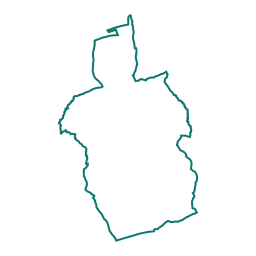 Alimpesti, Gorj, Romania
{"feature_id": "2599482B52876702526181", "entity_name": "Alimpesti", "entity_type": "district", "adm_level": 2, "iso_a3": "ROU", "parent_name": "Romania", "parent_adm1": "Gorj", "projection": "orthographic", "projection_center": [23.791, 45.109], "detail": "fine", "context": "isolated", "style": "outline", "palette": "teal", "viewbox_px": 256, "rotation_deg": 0, "n_neighbors": 0, "source": "geoboundaries", "source_scale": "gbopen_adm2", "svg_char_len": 5750}
<svg xmlns="http://www.w3.org/2000/svg" viewBox="0 0 256 256"><path d="M116.2,240.6L138.4,234.0L143.0,232.9L148.9,231.8L154.0,231.3L154.5,229.2L155.7,229.1L156.4,229.2L158.0,228.9L158.3,228.4L159.4,227.4L160.2,227.2L160.4,226.8L161.2,226.4L161.4,226.0L161.7,225.7L162.5,225.6L163.0,225.3L163.6,224.3L164.2,223.8L164.8,223.0L167.8,221.0L169.0,221.1L170.0,221.8L171.3,222.1L173.4,221.9L174.5,221.6L178.4,221.6L180.1,220.7L180.8,220.6L182.7,219.8L184.0,218.8L185.1,218.3L186.1,217.3L188.1,216.8L189.2,215.8L190.9,215.2L192.6,214.1L195.1,213.5L196.8,212.5L196.3,211.9L195.1,209.1L194.1,208.5L192.8,208.4L192.5,208.2L192.0,202.6L192.1,200.9L192.8,199.5L193.1,198.2L193.9,197.6L194.3,196.5L194.3,195.9L194.1,195.1L192.8,193.1L194.3,191.7L194.3,191.2L194.9,189.0L194.9,187.5L195.6,184.9L195.7,183.7L195.5,182.9L195.5,182.4L196.2,182.0L197.0,179.5L197.1,178.5L197.0,176.3L196.6,175.2L196.4,174.2L195.5,172.4L195.1,172.0L192.9,170.7L190.9,169.0L190.9,168.5L191.5,164.9L191.4,161.8L191.1,161.1L190.0,159.4L187.7,157.9L186.0,156.2L186.3,155.5L186.1,154.5L185.4,153.5L184.2,152.2L181.7,150.8L180.3,150.3L179.3,148.3L178.3,147.2L178.0,145.9L177.1,145.3L176.9,144.7L177.0,144.2L177.5,143.5L177.5,142.5L178.0,141.1L179.0,140.1L181.0,137.4L181.1,137.0L181.0,135.6L185.9,135.7L188.5,136.8L190.0,136.9L190.1,136.6L189.9,135.9L190.4,135.2L190.2,133.1L190.6,132.6L190.4,132.3L190.5,132.1L191.0,131.8L191.0,131.5L191.2,131.2L191.1,130.7L191.3,130.4L191.1,129.8L191.1,128.8L190.9,128.1L190.5,127.8L190.8,126.8L190.5,126.5L190.5,126.1L190.2,126.0L190.2,125.7L189.7,125.2L188.9,124.9L188.5,124.0L188.4,123.5L188.5,123.1L188.2,122.7L188.3,122.2L187.7,122.0L187.8,121.5L187.2,121.3L187.1,121.1L187.8,120.1L187.9,119.7L187.6,119.3L188.0,119.0L187.9,118.7L187.6,118.4L188.0,118.0L187.6,117.7L188.0,117.4L188.1,116.7L187.9,115.8L187.6,115.4L188.0,115.0L187.9,114.0L187.5,113.6L187.5,113.0L187.8,112.4L187.9,111.9L187.9,111.5L187.6,111.3L187.5,111.0L187.6,109.6L186.5,109.2L186.1,108.3L185.4,107.6L184.9,107.3L185.0,106.8L184.4,106.2L184.7,105.6L184.6,105.1L183.9,104.4L183.8,103.9L183.3,103.9L183.2,103.3L182.8,103.1L182.8,102.6L182.7,102.4L182.2,102.5L182.1,102.1L181.6,101.9L181.6,101.5L180.8,100.7L180.2,100.5L179.8,100.7L178.6,100.4L178.3,99.2L177.7,98.6L177.5,97.9L177.1,97.8L176.5,97.1L176.1,96.4L176.2,95.9L176.0,95.7L175.2,94.9L174.2,95.1L173.7,94.9L173.6,94.4L172.7,92.8L171.6,91.9L171.0,91.1L170.3,90.6L169.2,88.7L168.8,88.4L168.8,88.1L168.0,86.9L167.6,85.8L167.0,85.4L166.5,84.6L166.4,84.2L165.8,83.7L164.5,81.9L164.6,81.1L165.0,80.8L164.9,80.0L165.0,79.4L165.8,78.2L167.1,77.0L167.2,74.6L167.6,74.3L166.7,72.9L166.2,71.7L163.6,73.4L160.6,74.3L158.1,75.7L156.0,76.1L154.0,77.4L153.2,77.6L151.2,77.5L147.6,78.7L146.9,79.0L146.1,80.3L145.1,80.2L144.9,79.9L144.3,80.1L142.0,79.1L141.5,79.4L140.8,79.2L139.5,79.7L139.1,80.1L138.8,80.7L135.5,81.0L134.2,77.9L132.9,75.5L133.5,75.4L133.8,75.0L134.1,74.2L134.4,72.6L135.6,70.3L135.7,69.3L136.0,68.8L136.1,67.8L136.9,65.3L136.7,64.8L137.3,63.9L136.2,59.8L136.2,58.9L135.8,56.9L135.8,55.8L136.2,54.8L136.3,52.3L136.5,51.4L136.5,50.5L136.1,48.2L134.8,48.3L134.5,46.7L134.4,44.1L134.1,43.4L133.9,41.8L132.9,38.2L133.1,35.6L133.6,33.0L133.7,32.0L133.5,30.7L132.9,28.5L132.9,25.9L132.1,24.5L132.1,24.0L132.5,22.0L132.2,21.5L132.3,21.0L132.1,20.6L131.5,19.7L130.6,15.4L129.8,15.5L129.3,15.9L128.7,16.7L128.4,17.4L128.2,19.0L128.3,22.8L128.2,24.5L122.1,25.8L116.2,27.3L107.5,30.4L108.7,32.2L115.9,29.7L116.4,31.5L117.9,35.1L112.6,35.4L109.9,35.7L105.8,36.9L103.6,37.3L95.4,40.3L94.6,40.8L94.7,43.6L94.6,46.0L94.0,48.0L94.0,48.7L93.2,52.1L92.9,54.3L93.0,56.5L93.5,59.1L93.6,61.1L93.2,62.5L93.0,63.9L93.1,66.1L92.7,69.9L92.7,71.5L93.5,73.7L93.6,74.6L94.4,76.8L94.9,77.6L95.7,78.6L98.5,81.0L101.2,83.9L102.0,85.1L102.6,86.5L101.8,87.1L101.0,87.4L99.3,87.7L97.9,87.7L95.3,88.3L92.1,89.5L88.7,91.6L85.1,92.6L83.2,93.9L82.4,93.8L81.8,94.2L81.0,94.3L79.9,95.1L79.1,94.9L78.2,95.8L76.5,96.1L76.1,96.0L75.5,96.2L74.6,96.2L74.5,96.4L73.9,96.8L73.6,97.3L74.0,97.8L73.4,99.0L73.3,99.8L72.7,100.8L72.1,100.7L72.0,101.5L70.7,102.0L70.6,102.3L70.6,103.0L70.3,103.1L69.9,103.7L68.3,104.8L68.5,105.3L67.9,105.6L67.0,107.4L68.0,108.1L68.1,108.3L67.2,108.7L66.4,109.5L65.5,109.0L65.4,109.8L65.5,110.1L65.4,110.7L64.6,111.5L65.0,112.0L64.3,112.6L64.2,114.3L63.0,115.7L63.3,116.3L63.0,117.8L62.6,118.1L62.6,118.5L61.1,119.5L60.9,120.0L60.2,119.9L60.2,120.4L60.0,121.1L60.2,121.3L60.1,121.7L59.9,122.0L59.1,122.5L58.9,123.0L59.0,123.4L59.5,123.5L60.3,124.2L60.5,125.0L61.0,125.5L60.7,126.1L60.6,126.6L60.3,127.2L60.2,127.7L60.9,130.8L60.7,132.1L60.8,133.3L61.2,133.6L62.8,131.9L65.9,130.2L66.8,131.6L66.6,132.2L67.9,132.4L69.3,132.2L70.2,133.3L70.5,134.1L71.2,133.8L72.2,133.8L75.1,134.2L74.9,135.0L75.2,135.1L74.9,136.5L74.8,137.5L75.7,138.2L75.3,139.0L78.9,141.7L79.6,142.6L79.7,143.2L80.6,143.8L81.5,144.0L82.1,144.8L82.2,145.4L82.5,146.0L85.5,147.5L86.3,148.6L86.4,148.9L86.2,150.5L86.3,151.0L85.9,151.6L86.2,152.1L85.8,153.3L85.9,154.0L86.0,154.8L86.3,155.1L86.1,155.6L86.8,155.6L86.8,156.0L87.1,156.3L86.9,157.4L87.4,158.3L87.0,158.6L86.9,159.6L86.6,160.3L86.6,161.4L85.9,163.6L86.1,163.9L86.6,164.2L87.8,163.8L87.9,164.5L87.6,165.7L87.3,166.3L86.2,167.2L85.1,168.5L84.2,168.9L83.8,169.9L84.0,170.6L83.6,171.3L83.8,172.3L83.9,176.1L84.7,177.3L85.5,180.0L86.1,180.7L86.2,181.0L86.5,181.3L87.0,184.5L86.8,185.4L85.4,189.2L85.3,189.4L85.8,190.1L87.4,191.4L88.5,192.0L90.0,192.4L91.2,193.3L91.4,194.1L93.1,194.7L94.3,195.6L94.3,196.1L93.7,196.4L93.0,197.8L93.7,198.2L94.2,199.2L94.4,199.7L95.2,200.7L95.1,200.9L95.1,202.2L96.2,204.2L96.5,207.3L99.7,212.0L101.9,214.3L103.8,218.5L106.1,220.7L106.8,222.0L107.5,223.0L108.6,226.6L108.9,228.7L109.6,230.7L111.8,234.1L114.9,237.7L115.8,239.4L116.2,240.6Z" fill="none" stroke="#0f766e" stroke-width="2"/></svg>